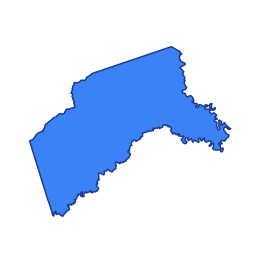 Fray Bartolomé de Las Casas, Alta Verapaz, Guatemala (Mercator projection), rotated 163°
{"feature_id": "79465075B41204934399249", "entity_name": "Fray Bartolomé de Las Casas", "entity_type": "district", "adm_level": 2, "iso_a3": "GTM", "parent_name": "Guatemala", "parent_adm1": "Alta Verapaz", "projection": "mercator", "projection_center": [-89.812, 15.886], "detail": "fine", "context": "isolated", "style": "filled", "palette": "blue", "viewbox_px": 256, "rotation_deg": 163, "n_neighbors": 0, "source": "geoboundaries", "source_scale": "gbopen_adm2", "svg_char_len": 5688}
<svg xmlns="http://www.w3.org/2000/svg" viewBox="0 0 256 256"><g transform="rotate(163 128 128)"><path d="M146.8,190.6L148.3,189.4L151.1,189.1L152.6,188.6L154.1,186.9L155.6,186.1L157.5,187.0L159.0,187.3L161.2,186.2L162.6,186.3L163.9,185.9L164.3,186.1L165.0,187.0L166.4,186.9L167.1,185.3L168.6,184.1L169.0,182.9L169.8,182.2L170.0,180.3L171.0,179.7L171.3,178.9L172.2,178.4L172.2,178.0L171.1,176.9L171.0,176.2L172.3,174.5L172.0,173.9L172.3,171.9L171.8,171.4L172.2,169.9L171.5,168.6L171.9,168.0L172.4,168.0L172.5,166.3L172.1,165.5L172.8,164.8L172.8,163.8L173.3,163.1L176.8,163.6L179.5,163.3L180.2,163.8L181.4,163.9L182.2,163.6L182.6,162.6L183.7,161.9L184.1,161.1L184.6,160.7L186.8,160.3L187.6,161.2L189.2,161.7L191.0,161.1L193.6,159.7L196.1,159.6L197.3,158.8L198.4,158.6L199.6,157.9L202.7,156.8L203.7,156.0L205.4,155.8L206.7,154.7L207.1,153.2L209.7,151.1L209.8,150.4L210.5,149.5L211.5,150.1L212.8,149.6L214.5,149.7L216.1,149.2L218.7,147.7L220.1,146.3L221.5,145.3L222.8,144.7L225.1,144.7L225.9,144.3L225.7,82.8L225.4,79.6L225.3,69.8L225.6,67.8L225.2,65.9L224.6,65.7L224.4,66.0L224.2,66.7L224.4,67.8L223.1,67.9L222.7,69.3L221.8,69.3L221.4,69.2L221.9,66.7L220.8,66.0L220.0,66.3L218.8,66.3L218.3,64.7L217.5,64.3L217.0,63.1L216.6,63.0L216.0,63.3L215.4,62.9L215.0,63.8L213.6,64.7L212.9,64.8L212.1,65.8L211.1,65.8L210.4,66.8L209.3,67.0L208.8,66.7L207.8,67.2L207.6,69.4L208.3,70.4L207.5,70.7L208.3,71.9L208.1,72.2L206.9,71.5L205.7,71.9L204.6,71.0L204.2,71.8L202.7,71.2L202.0,72.4L201.2,71.6L199.5,73.4L200.3,74.8L198.4,75.2L197.4,76.1L197.1,77.3L195.3,77.9L195.2,78.9L194.9,79.3L193.1,78.3L193.0,76.7L191.0,75.4L190.2,75.4L189.9,75.9L191.0,76.8L192.2,78.4L191.9,80.0L190.6,80.4L190.6,78.6L189.7,77.9L189.0,77.9L188.1,79.1L187.0,79.0L186.3,78.0L185.4,78.4L183.9,78.1L182.3,79.2L182.0,79.1L181.7,78.6L182.1,77.5L181.1,76.4L180.0,77.1L179.1,77.1L177.7,76.4L177.1,76.9L175.7,76.9L175.2,77.7L174.2,78.1L174.0,78.7L174.0,79.8L174.8,81.3L174.8,82.9L174.3,83.5L173.4,83.4L173.5,84.6L172.9,85.4L173.1,85.9L172.9,86.2L171.4,87.1L170.6,87.0L171.0,88.4L170.3,89.3L169.8,92.1L169.0,93.5L166.8,92.1L165.5,90.6L164.6,90.4L163.5,92.3L163.5,93.6L162.6,93.7L161.4,93.2L159.2,94.2L158.3,92.4L156.1,90.7L155.0,91.1L154.6,91.9L154.1,92.2L153.1,92.2L152.4,92.8L151.7,92.6L151.5,92.8L151.1,94.1L150.2,95.6L150.4,97.7L149.6,98.8L148.6,98.7L148.2,97.8L147.0,97.4L146.3,96.4L145.3,97.5L144.8,96.8L143.0,96.5L141.6,96.7L140.5,97.3L139.5,97.0L138.8,98.2L135.7,99.6L133.4,102.2L133.3,102.9L134.9,104.4L134.8,105.7L134.5,106.0L133.9,105.5L133.1,105.8L133.2,107.1L132.6,107.5L132.0,109.1L130.4,110.3L129.4,110.4L129.5,111.7L128.2,114.1L126.7,114.3L125.7,114.7L124.5,114.1L124.3,113.1L123.7,112.9L122.3,113.5L120.3,113.7L118.6,114.6L118.5,115.5L116.4,115.9L115.6,118.8L115.3,118.9L113.0,118.7L111.7,119.3L111.0,118.6L109.6,119.1L107.0,118.4L106.2,118.7L104.7,118.1L104.4,118.5L104.2,120.3L103.1,119.5L102.6,119.7L100.6,119.6L100.3,119.1L99.6,119.5L98.1,119.6L98.0,118.3L94.8,118.8L94.4,119.3L94.2,120.3L92.0,120.5L91.7,120.4L91.6,119.7L91.0,119.7L90.5,119.1L89.4,119.0L89.6,118.4L89.2,117.3L87.7,117.6L87.3,116.3L86.5,115.1L86.7,114.6L88.0,113.2L87.0,109.2L86.5,109.1L85.7,109.8L84.5,108.8L84.1,107.8L83.6,107.4L81.0,107.7L80.7,107.6L80.8,107.1L82.1,106.2L82.0,105.8L79.6,104.4L77.3,104.1L77.2,103.7L78.3,102.4L80.2,101.7L80.6,100.9L79.9,99.9L79.7,98.0L78.4,96.6L77.1,96.2L76.1,96.8L76.0,98.1L76.9,100.2L76.0,101.4L75.3,101.6L73.9,101.3L74.2,99.3L73.6,98.3L72.8,98.4L71.3,99.3L70.5,99.0L70.3,98.4L70.5,96.3L70.1,95.7L69.5,95.6L68.5,96.8L67.5,96.7L64.8,93.7L64.3,93.8L64.0,94.2L64.1,96.3L63.4,97.2L61.8,97.1L62.0,95.0L61.2,94.2L60.2,94.6L58.7,96.2L58.1,96.3L57.9,95.8L58.3,94.8L58.3,92.9L57.8,92.0L57.0,91.6L54.1,91.8L52.8,91.5L52.5,91.1L52.6,90.3L53.8,88.4L55.4,87.6L55.6,86.8L55.2,86.6L53.9,86.9L51.8,88.5L51.0,88.3L50.9,87.7L51.6,85.3L53.1,83.8L52.4,82.3L50.5,81.3L48.6,80.7L46.5,80.6L46.1,78.2L45.3,77.9L44.4,78.1L43.2,80.0L43.0,80.8L45.2,81.2L45.0,83.9L46.0,85.5L45.6,86.8L44.9,87.0L44.6,85.4L44.3,85.3L42.7,85.5L43.3,88.2L41.8,88.8L40.0,87.5L39.1,87.2L38.7,88.2L37.4,88.5L36.9,89.6L35.1,89.7L33.6,91.1L33.6,91.8L35.6,93.9L36.0,95.8L36.8,97.3L36.9,98.9L36.3,99.9L35.5,100.4L34.6,100.4L33.4,99.3L32.3,97.3L30.3,97.0L30.1,97.4L31.5,98.8L32.2,100.4L33.3,102.0L34.1,104.8L34.7,104.8L36.8,103.5L37.9,103.4L38.3,103.7L38.2,104.3L37.3,105.2L36.7,106.5L37.3,107.8L38.4,108.8L39.2,108.2L39.3,106.8L40.5,103.9L40.7,102.5L40.1,101.0L40.2,100.6L41.7,99.8L42.3,99.9L42.6,100.4L42.5,105.0L41.3,106.9L41.5,107.5L43.2,109.1L43.3,109.8L42.4,110.7L40.2,110.5L40.2,111.5L41.6,111.8L41.8,112.6L41.4,113.2L39.8,113.9L39.5,114.6L41.2,117.3L44.2,117.3L44.7,117.9L45.3,119.6L44.8,120.5L43.5,121.1L41.2,120.1L39.8,120.2L39.1,120.7L38.7,121.7L38.8,122.1L40.7,121.4L41.9,121.9L42.2,122.3L41.9,125.0L40.7,126.3L40.7,126.8L41.7,127.1L43.8,126.0L43.7,123.6L44.0,122.6L44.7,122.2L46.4,122.9L48.4,123.3L48.9,123.9L48.7,124.8L47.6,125.5L45.7,125.4L45.2,125.9L45.7,126.8L46.8,127.5L48.6,126.6L49.7,126.5L51.6,128.9L52.9,129.4L54.6,127.5L55.2,127.1L55.7,127.2L57.0,128.4L57.0,128.7L56.1,129.3L54.7,129.6L54.6,130.5L55.5,131.5L57.1,132.0L58.3,133.1L59.2,134.4L58.8,134.9L57.5,134.3L57.0,134.8L57.0,137.1L57.7,139.4L58.2,140.2L58.8,140.6L60.1,140.7L61.6,140.3L62.5,140.6L63.2,142.3L63.1,144.1L63.5,144.6L64.9,145.0L65.5,145.5L65.0,148.0L61.9,148.1L60.1,149.4L61.2,153.8L60.6,155.8L60.0,155.9L60.1,156.4L59.6,156.9L60.0,158.0L59.2,158.9L59.1,159.4L59.2,161.1L60.0,163.1L59.0,165.0L58.3,165.6L60.8,170.8L54.9,171.9L54.7,173.4L55.1,173.9L56.4,174.8L58.6,177.2L58.0,177.8L58.4,180.2L57.7,181.3L57.3,182.9L55.9,182.6L55.1,183.3L55.2,184.0L56.0,184.9L56.1,186.2L57.6,187.4L62.3,192.7L63.0,193.1L146.8,190.6Z" fill="#3b82f6" stroke="#1e3a8a" stroke-width="1.5"/></g></svg>